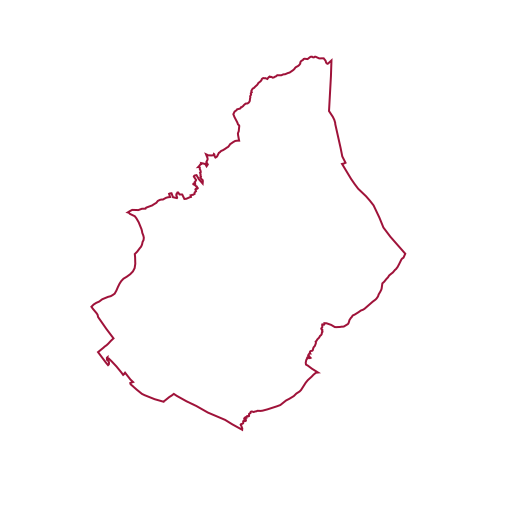 outline of Talpas, Dolj, Romania, rotated 50°
{"feature_id": "2599482B89244490879400", "entity_name": "Talpas", "entity_type": "district", "adm_level": 2, "iso_a3": "ROU", "parent_name": "Romania", "parent_adm1": "Dolj", "projection": "equal_earth", "projection_center": [23.747, 44.687], "detail": "fine", "context": "isolated", "style": "outline", "palette": "rose", "viewbox_px": 512, "rotation_deg": 50, "n_neighbors": 0, "source": "geoboundaries", "source_scale": "gbopen_adm2", "svg_char_len": 6141}
<svg xmlns="http://www.w3.org/2000/svg" viewBox="0 0 512 512"><g transform="rotate(50 256 256)"><path d="M350.2,140.2L327.7,140.7L316.1,140.1L305.9,136.8L292.8,133.4L286.8,133.2L281.0,133.3L270.1,134.5L264.3,134.2L258.0,133.6L240.8,130.9L241.7,129.0L242.1,127.5L235.2,125.9L227.7,121.8L205.9,110.5L204.8,109.7L202.0,108.5L198.8,107.7L191.9,106.9L166.4,83.0L154.7,72.5L154.9,77.2L154.6,77.8L153.0,78.0L151.1,77.2L148.1,77.1L145.2,80.6L141.6,82.3L141.1,83.0L141.1,83.9L140.7,84.4L140.0,84.9L139.3,85.0L138.6,85.9L138.4,86.8L138.3,89.9L136.1,92.0L135.7,92.9L136.0,93.8L135.7,96.0L135.8,96.6L136.1,97.5L137.1,98.5L137.5,100.3L137.5,101.5L137.0,104.0L137.0,104.9L137.4,106.4L137.5,108.0L137.1,112.3L136.3,114.1L135.5,116.8L134.4,118.4L133.8,120.5L131.2,123.5L131.2,125.4L130.8,126.4L130.7,127.5L130.1,128.6L128.8,129.0L128.0,130.1L127.5,130.0L127.3,130.1L127.2,131.0L127.4,132.5L127.7,133.5L125.8,134.5L125.1,135.5L124.5,135.9L124.2,136.6L124.2,137.8L124.8,138.8L124.9,139.5L125.1,140.0L125.0,143.1L125.4,144.0L125.7,145.3L125.7,146.3L125.8,148.5L126.0,149.2L125.7,150.6L125.8,151.5L126.5,153.4L126.9,153.8L127.5,153.8L127.9,154.0L127.8,154.6L128.0,155.4L129.3,156.1L129.6,157.2L130.0,157.9L131.0,158.5L131.4,159.2L133.1,161.0L133.4,161.5L133.8,162.8L133.7,164.4L132.6,166.0L132.6,168.2L132.9,169.7L132.8,170.1L132.8,171.1L132.4,172.0L132.8,172.8L132.8,173.5L131.5,176.2L131.8,177.3L131.6,179.5L132.8,182.2L135.8,183.2L141.8,184.5L143.6,185.2L144.9,185.0L145.6,185.2L149.3,189.0L150.4,191.0L152.0,192.1L156.8,194.8L155.5,196.4L154.5,198.0L154.1,200.1L153.7,204.2L154.1,205.1L154.5,207.2L154.2,208.9L154.1,210.5L153.7,213.3L153.2,214.9L153.1,215.8L153.3,216.9L153.1,218.1L154.7,221.8L154.7,222.9L154.5,223.8L153.6,223.7L151.7,223.0L151.7,222.8L151.3,222.6L150.8,222.7L151.5,223.8L150.2,225.7L149.0,226.9L148.5,227.7L145.9,228.9L149.8,230.2L150.6,230.7L151.1,231.3L152.1,233.6L154.9,234.1L155.5,236.2L152.7,235.7L152.2,236.4L151.5,236.7L149.9,238.0L150.5,238.1L150.5,238.7L149.9,239.0L150.5,241.5L150.7,243.0L150.9,242.7L152.1,242.2L153.3,243.2L154.6,243.5L156.1,244.3L156.3,244.5L156.3,245.4L157.8,245.9L158.3,246.6L159.8,247.1L159.9,248.0L162.2,248.3L163.7,248.1L164.7,248.8L166.2,250.3L160.6,250.4L155.8,249.6L154.9,251.3L154.9,252.0L155.2,252.6L159.2,253.0L159.4,253.2L159.9,254.7L160.0,255.5L160.9,255.7L162.0,256.5L160.5,257.2L160.4,257.5L160.8,257.9L162.4,257.2L163.7,257.1L164.7,256.7L165.3,257.3L165.9,256.9L166.4,256.9L166.7,257.1L166.6,258.1L165.9,259.2L166.0,259.6L167.8,260.3L167.9,262.2L169.0,263.2L168.7,264.4L168.7,264.8L168.0,265.8L168.0,266.6L167.5,267.1L168.2,267.6L168.9,267.9L168.5,268.7L167.4,272.5L166.3,274.2L161.5,273.0L161.0,273.5L159.7,275.0L157.3,274.8L156.9,275.3L157.1,275.6L157.2,276.7L157.9,277.2L158.0,277.9L160.4,278.8L160.7,279.0L160.8,279.4L157.6,281.8L153.6,280.4L152.8,281.6L152.5,282.6L155.6,283.9L154.3,285.9L153.6,287.5L152.9,291.0L152.0,292.1L151.3,293.4L151.0,294.5L150.7,295.9L151.2,298.1L150.6,301.9L150.6,302.8L148.4,308.9L148.4,309.5L148.7,310.2L146.5,313.0L145.2,316.6L141.1,321.2L140.5,324.0L140.2,326.2L141.1,325.6L142.7,325.5L147.6,323.3L150.2,323.4L154.8,324.2L161.9,326.5L163.8,327.4L165.1,328.2L168.0,329.2L169.9,330.2L171.5,331.9L172.3,333.8L174.0,336.0L175.0,338.1L175.3,339.9L176.3,344.2L176.6,347.6L179.1,349.3L184.4,353.5L187.3,356.8L188.7,360.2L189.1,364.1L188.8,368.4L188.2,372.1L188.6,375.4L189.5,378.3L191.0,381.7L192.8,385.3L194.0,388.5L193.8,390.8L193.4,393.1L192.2,395.6L190.3,401.6L190.1,405.5L189.2,408.5L188.8,411.6L189.1,414.7L191.5,414.9L197.3,414.9L199.1,415.1L201.3,416.2L215.7,417.5L227.5,418.1L227.7,421.7L228.2,425.6L228.3,427.8L228.1,430.4L228.2,431.5L228.1,438.8L241.4,439.5L244.5,439.5L244.5,438.9L244.3,438.2L243.1,437.1L241.9,436.6L239.7,436.9L238.2,435.7L238.1,435.3L238.1,434.8L239.0,435.7L239.7,435.9L240.0,435.8L240.1,434.7L243.7,434.3L250.9,433.9L258.7,434.0L261.7,434.2L261.7,432.9L261.4,432.4L261.2,431.3L269.8,431.6L273.5,431.2L272.6,433.5L272.5,434.0L273.7,434.5L281.6,433.3L288.3,432.0L291.0,430.8L300.5,425.7L308.2,420.5L308.0,420.2L308.2,418.7L308.3,413.1L308.7,410.2L308.8,407.6L312.2,406.6L322.7,402.6L332.6,398.1L345.0,393.5L361.7,385.0L369.6,382.4L380.2,378.3L379.2,377.3L378.0,377.0L377.1,376.5L376.0,376.4L375.3,376.1L375.2,375.4L375.8,374.2L375.8,373.3L375.3,372.7L374.4,372.1L374.3,371.7L374.5,371.2L375.4,370.6L375.7,369.9L375.4,369.3L375.0,369.1L374.4,369.2L373.4,369.8L373.1,369.7L372.8,369.3L372.7,368.2L372.8,367.7L373.6,367.6L373.8,367.5L373.9,367.1L373.0,366.5L372.9,365.8L373.2,365.3L374.0,364.8L374.1,364.2L372.5,362.8L372.5,362.1L372.8,361.3L372.1,360.5L372.0,360.1L372.2,359.5L372.6,359.0L374.0,358.1L374.6,356.5L375.2,355.6L375.5,354.4L377.6,352.1L378.7,350.4L380.8,345.9L384.5,336.8L385.8,333.2L386.0,325.8L386.8,322.3L387.6,317.1L387.3,313.5L387.8,309.7L387.6,307.6L385.0,299.3L384.4,296.1L384.2,290.9L383.9,288.4L383.9,286.2L384.0,285.0L385.1,283.4L378.3,285.6L373.5,286.7L371.3,287.5L369.7,286.5L368.0,284.4L367.6,283.5L367.6,283.0L366.9,282.3L366.7,281.8L367.0,281.2L368.3,281.1L369.0,280.1L369.1,279.7L368.1,279.8L366.8,279.6L365.8,280.0L365.4,279.4L365.0,277.8L365.6,277.1L364.8,276.9L364.2,276.4L364.0,275.9L363.9,275.5L364.0,275.1L364.7,273.9L364.7,273.2L363.3,271.2L362.9,270.2L362.7,268.7L361.4,266.4L360.9,265.8L359.9,265.3L359.9,264.2L359.3,262.6L359.1,260.1L358.4,258.4L358.4,256.8L358.0,255.8L357.0,254.7L356.9,254.0L356.7,253.7L355.9,253.6L355.4,252.7L355.1,252.6L354.3,252.9L353.6,252.7L353.4,252.4L353.2,251.2L353.0,250.8L351.3,249.6L351.0,249.2L351.2,248.9L352.3,248.2L352.2,247.5L351.4,246.8L352.9,245.2L357.1,242.7L361.1,241.3L362.2,240.1L364.4,237.2L365.2,235.8L365.9,235.0L366.5,234.0L367.2,229.4L367.0,228.5L366.1,226.9L365.2,225.7L364.4,223.1L364.3,221.9L363.8,220.4L363.8,219.8L364.3,218.2L364.9,214.0L365.2,210.6L365.9,208.7L366.2,206.9L366.0,196.0L366.2,192.7L366.1,191.2L365.5,188.9L365.1,188.0L364.3,186.8L363.3,183.9L362.3,181.6L361.7,180.7L358.2,176.8L358.1,174.3L357.4,170.8L357.2,168.7L356.5,166.5L356.5,164.1L356.6,161.8L356.0,158.5L356.0,156.9L355.7,156.0L355.6,155.1L354.4,152.0L352.1,146.8L351.9,145.5L352.1,144.2L351.9,143.7L350.2,140.2Z" fill="none" stroke="#9f1239" stroke-width="2"/></g></svg>